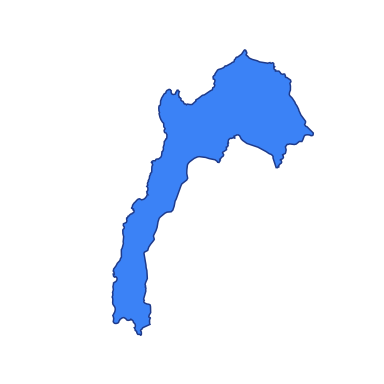 outline of Majene, Sulawesi Barat, Indonesia, rotated 31°
{"feature_id": "22746128B56869239776422", "entity_name": "Majene", "entity_type": "district", "adm_level": 2, "iso_a3": "IDN", "parent_name": "Indonesia", "parent_adm1": "Sulawesi Barat", "projection": "mercator", "projection_center": [118.905, -3.243], "detail": "fine", "context": "isolated", "style": "filled", "palette": "blue", "viewbox_px": 384, "rotation_deg": 31, "n_neighbors": 0, "source": "geoboundaries", "source_scale": "gbopen_adm2", "svg_char_len": 6062}
<svg xmlns="http://www.w3.org/2000/svg" viewBox="0 0 384 384"><g transform="rotate(31 192 192)"><path d="M234.1,62.1L229.5,59.9L226.0,59.0L225.0,58.1L224.2,56.1L223.9,54.0L221.8,50.4L219.9,48.4L220.0,46.5L218.8,45.3L214.2,45.0L213.5,45.4L212.8,45.3L212.1,44.2L210.7,43.2L209.8,43.6L209.3,44.4L207.1,44.8L206.3,44.2L204.2,43.6L201.3,45.3L200.9,44.4L199.6,44.6L198.2,43.6L197.8,42.7L198.3,42.7L198.4,42.0L197.2,41.9L195.9,39.8L195.3,39.6L194.5,39.7L193.5,41.0L192.5,41.1L192.2,40.9L190.3,42.9L190.0,42.8L182.9,45.7L180.4,45.9L175.4,47.3L172.1,47.7L170.1,47.0L169.5,47.1L169.0,46.7L168.2,46.8L167.7,46.6L167.4,44.6L166.7,43.9L165.9,43.8L165.4,43.0L165.0,43.2L164.4,42.9L163.9,43.2L163.7,43.8L163.5,48.3L161.6,52.9L160.8,53.4L160.5,54.0L160.6,55.8L160.3,57.1L160.9,58.5L160.8,59.0L159.8,60.1L159.2,61.7L156.5,66.3L155.5,66.8L155.1,69.0L153.7,71.1L151.7,73.2L151.1,74.3L150.9,78.9L151.3,80.1L150.8,81.0L150.7,82.5L152.1,84.2L152.8,83.9L154.1,84.3L154.7,85.6L155.1,88.1L156.1,88.3L156.7,89.1L156.9,90.6L156.1,92.0L156.8,93.8L155.6,95.8L152.6,102.3L151.1,103.8L149.1,109.0L148.0,110.7L147.9,111.3L148.5,111.9L147.0,116.9L145.4,118.0L142.8,119.0L142.3,120.1L141.2,119.8L140.7,120.2L140.0,120.4L137.7,119.0L136.1,119.2L135.5,119.1L135.0,118.7L134.5,117.6L133.5,117.3L132.5,117.5L132.0,117.3L131.8,116.7L130.7,116.1L129.6,113.6L129.5,112.4L128.0,112.3L127.5,111.9L126.8,112.5L127.0,113.9L126.7,115.0L127.1,115.4L127.2,116.7L126.0,117.9L125.0,118.3L123.9,118.2L122.6,117.1L122.0,115.9L120.9,115.8L120.7,115.5L119.5,115.8L118.2,117.9L118.1,119.3L118.5,120.6L117.6,122.2L117.6,127.5L118.1,128.6L117.9,129.1L118.2,130.2L119.8,133.1L120.0,134.3L119.5,134.9L119.5,135.4L120.2,137.0L121.8,139.4L123.3,140.7L123.4,141.8L126.0,144.4L128.1,146.0L130.7,147.3L132.3,147.7L134.0,150.3L134.6,150.8L136.2,151.4L136.4,151.7L136.3,153.4L137.2,154.6L138.0,155.1L139.2,154.8L141.0,155.8L142.4,158.3L142.7,159.5L142.2,160.1L142.5,161.6L142.2,163.0L143.6,165.5L144.3,168.5L145.5,170.0L145.9,172.3L145.5,172.9L147.2,176.6L147.3,178.4L146.2,181.1L145.3,181.5L144.5,182.3L144.3,182.6L144.4,184.1L142.7,185.2L142.1,186.0L141.9,187.0L142.0,187.5L142.9,187.3L143.1,188.1L144.4,189.0L144.4,190.4L144.7,191.2L147.2,195.7L146.8,197.7L147.4,198.4L147.4,200.2L148.5,202.5L148.6,204.7L149.2,205.3L149.1,206.6L149.6,208.1L150.1,208.3L150.6,209.0L150.3,210.5L151.7,210.9L152.4,211.7L153.2,213.2L153.1,215.1L153.6,215.2L153.8,216.1L155.3,216.9L154.9,217.0L155.3,219.2L154.9,221.9L154.2,223.3L152.8,224.7L150.6,224.8L149.5,225.8L148.8,227.8L148.7,229.0L148.0,231.5L147.9,233.9L148.5,235.7L148.4,236.7L148.6,237.0L150.7,236.8L150.9,237.2L150.6,237.6L150.8,237.8L152.0,237.9L152.5,238.9L152.5,239.8L151.7,240.9L151.7,241.7L150.8,242.5L150.3,244.2L150.2,245.4L149.7,245.7L150.0,247.5L149.9,247.7L149.5,247.7L149.4,248.0L150.3,249.5L151.0,250.1L151.4,251.9L149.6,254.6L150.4,256.2L152.0,256.9L152.6,258.3L152.2,259.6L152.3,260.3L154.3,263.4L156.4,265.4L158.6,270.1L159.7,271.4L161.1,276.3L161.1,277.8L165.0,284.1L165.0,286.1L165.5,287.7L164.7,291.6L164.9,294.6L164.5,298.4L165.1,299.6L165.1,300.3L166.5,300.9L166.9,301.9L167.7,302.3L167.7,303.4L167.1,303.4L168.1,304.5L169.4,304.9L169.8,304.5L169.8,304.1L170.3,303.9L171.6,304.2L172.3,304.7L172.8,305.6L173.0,307.1L172.7,308.4L172.0,309.3L171.6,310.5L171.9,310.8L173.0,313.9L174.9,316.2L175.7,319.2L176.2,319.5L177.3,321.3L177.5,322.1L177.4,322.4L177.9,323.4L178.2,323.4L179.5,324.9L181.0,327.8L182.1,329.0L185.1,330.4L186.1,331.3L186.9,332.6L187.5,334.4L187.8,338.8L188.8,339.4L190.2,341.0L191.3,343.8L192.8,344.4L193.8,344.3L194.8,343.7L195.9,342.5L196.2,341.6L195.9,340.1L196.1,339.2L195.8,338.5L197.1,335.7L198.3,334.7L200.5,334.7L201.9,335.3L203.3,335.0L204.8,333.7L204.9,332.7L205.5,332.5L205.7,332.9L206.5,332.6L207.4,332.7L208.2,333.1L208.8,333.8L211.3,334.6L212.3,335.7L212.8,336.7L212.9,337.5L212.4,338.0L214.4,339.3L214.5,339.8L215.1,340.0L216.0,339.9L216.8,340.4L217.1,341.0L218.5,341.8L219.0,341.9L220.5,341.0L221.7,341.2L222.1,340.5L221.5,339.3L220.6,338.0L219.3,337.4L219.2,336.5L219.7,335.4L219.6,334.5L219.9,333.4L224.2,327.1L223.1,326.3L222.6,325.1L222.0,324.6L221.1,322.0L221.2,321.5L220.9,321.3L219.4,321.4L219.1,321.1L218.7,319.3L218.7,316.7L215.6,311.8L214.4,310.4L213.0,310.4L211.0,311.2L209.0,311.5L207.6,311.2L206.9,310.4L206.9,309.4L205.7,308.8L203.5,300.8L202.5,299.4L202.1,298.2L201.5,297.7L200.8,297.5L200.8,296.6L199.4,295.4L198.9,293.6L198.3,289.2L193.8,282.6L191.5,280.3L190.2,278.4L182.4,269.3L182.2,268.1L184.1,264.9L183.3,261.5L183.4,258.3L184.1,253.1L184.0,251.9L181.8,249.8L181.4,248.8L181.0,243.5L180.3,240.3L178.2,235.0L177.4,231.4L177.7,229.7L179.7,224.1L181.0,222.1L184.3,219.7L184.9,217.4L184.0,213.3L182.2,208.5L182.1,206.2L179.3,192.3L179.1,190.3L181.3,184.5L181.2,182.4L178.0,178.9L176.2,175.7L174.1,171.0L174.1,169.0L174.5,167.2L176.6,162.0L178.7,159.0L180.1,157.9L186.0,155.3L189.5,154.5L195.2,152.5L197.8,152.8L198.7,153.3L199.9,152.8L200.0,151.1L199.6,150.7L199.8,150.0L198.9,149.6L199.3,149.0L199.5,146.9L200.2,145.4L200.2,144.5L199.8,143.6L198.1,142.8L197.8,142.3L199.8,137.9L198.3,135.9L199.1,134.9L199.0,133.5L198.4,133.2L198.3,132.4L197.6,131.9L198.0,131.1L197.2,130.7L196.4,128.3L197.1,126.3L198.4,125.6L199.5,124.0L200.4,124.0L200.9,123.8L200.7,123.4L199.7,123.1L199.3,122.5L200.3,121.4L200.8,120.2L202.3,119.2L203.9,119.3L206.7,121.1L208.8,121.7L214.0,122.1L225.5,119.6L234.6,119.2L238.5,119.4L240.6,119.0L242.2,119.3L243.2,119.8L243.9,121.1L251.6,127.8L252.8,127.1L252.8,126.4L253.5,125.9L253.3,125.5L252.7,125.5L252.7,124.8L253.1,122.3L253.6,121.5L253.6,120.5L253.2,119.9L252.0,118.9L251.2,119.0L251.2,118.6L252.1,117.6L252.6,116.5L252.6,115.3L251.6,114.1L251.2,114.1L251.2,113.8L250.5,113.4L252.1,110.9L251.9,109.9L251.0,107.4L248.8,105.2L249.1,102.1L250.4,101.3L250.7,100.6L255.2,98.6L256.6,97.3L258.0,93.4L260.2,92.1L260.1,90.1L259.4,86.4L259.7,85.0L261.1,83.7L263.3,82.6L265.1,82.4L266.2,81.5L266.4,80.7L265.6,79.0L256.9,76.8L255.6,77.1L253.8,76.2L253.6,74.2L252.9,72.9L245.7,69.9L241.5,67.0L240.8,66.2L237.7,64.2L234.9,62.9L234.1,62.1Z" fill="#3b82f6" stroke="#1e3a8a" stroke-width="1.5"/></g></svg>